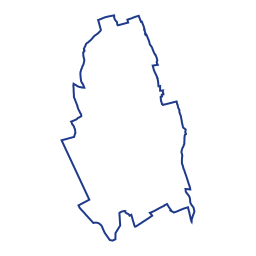 the district of Tatarasti, Bacau, Romania
{"feature_id": "2599482B37830949265025", "entity_name": "Tatarasti", "entity_type": "district", "adm_level": 2, "iso_a3": "ROU", "parent_name": "Romania", "parent_adm1": "Bacau", "projection": "robinson", "projection_center": [27.206, 46.232], "detail": "fine", "context": "isolated", "style": "outline", "palette": "blue", "viewbox_px": 256, "rotation_deg": 0, "n_neighbors": 0, "source": "geoboundaries", "source_scale": "gbopen_adm2", "svg_char_len": 5734}
<svg xmlns="http://www.w3.org/2000/svg" viewBox="0 0 256 256"><path d="M115.5,233.1L120.2,225.5L119.4,213.2L119.5,212.8L121.7,211.6L123.2,211.2L124.5,211.0L125.2,211.1L125.1,211.4L125.4,212.2L125.7,212.7L126.6,213.3L128.6,214.2L129.0,214.7L129.6,215.7L131.3,214.8L132.1,217.6L133.0,220.8L133.5,222.3L134.2,224.8L134.5,225.8L135.1,226.7L136.0,226.4L137.0,225.7L137.9,225.2L139.4,224.1L140.4,223.6L141.5,222.8L142.5,222.1L144.7,220.7L145.7,220.1L146.6,219.4L148.0,218.6L149.3,217.7L150.7,216.7L151.0,216.5L152.2,215.7L152.0,215.3L149.9,212.8L151.6,212.2L154.0,211.1L160.4,207.6L164.3,205.7L164.4,205.3L165.3,204.9L167.0,204.0L167.3,204.5L168.9,207.2L169.9,208.6L171.2,210.4L171.3,210.6L171.2,210.7L170.9,210.8L171.5,211.2L173.1,211.9L173.4,212.1L173.8,212.5L176.8,211.5L180.7,209.8L184.3,208.4L188.0,207.3L188.1,207.8L188.3,208.8L188.5,209.4L188.6,210.0L188.9,211.0L189.4,212.8L189.7,214.4L189.8,215.0L190.1,215.9L190.2,216.6L190.5,217.5L190.7,218.5L190.6,218.8L191.0,219.5L191.1,219.9L191.1,220.5L191.3,221.2L191.6,221.7L191.7,221.0L191.6,220.2L191.7,219.5L192.3,217.6L192.6,216.5L192.9,215.7L193.2,214.9L193.8,213.4L194.4,211.4L193.6,207.8L193.4,207.4L193.3,207.2L192.4,206.1L191.7,205.1L190.8,203.8L190.6,203.2L190.4,202.6L190.2,201.9L190.1,200.2L190.0,199.5L189.9,198.4L189.8,198.0L189.3,196.6L189.0,196.0L188.7,195.6L187.2,193.7L186.1,192.2L185.9,191.9L185.8,191.6L185.7,191.1L185.7,190.1L185.5,189.0L188.4,189.2L189.3,189.4L190.3,189.5L190.3,189.1L190.1,188.7L190.0,187.8L189.5,186.0L189.0,184.7L188.7,183.7L188.4,183.0L187.9,181.1L187.6,180.4L187.3,179.3L186.9,178.2L186.8,177.8L186.2,176.0L185.7,174.5L185.5,174.0L185.0,172.7L184.7,171.6L184.2,170.2L184.0,169.6L183.6,168.9L183.3,167.8L183.2,167.2L183.0,166.8L182.9,166.3L182.7,165.3L182.6,165.0L182.3,164.5L181.9,163.1L181.9,161.6L181.9,159.7L182.0,158.8L182.0,158.1L182.1,156.7L182.3,156.3L182.2,156.0L182.3,155.6L182.2,155.0L182.1,154.7L182.0,154.3L181.9,153.8L181.6,152.9L181.5,152.6L181.4,152.0L181.6,151.2L181.7,150.6L181.8,150.1L182.0,149.6L182.1,149.1L182.4,148.1L183.0,147.1L183.3,146.6L183.8,145.1L183.9,144.7L184.0,144.4L184.3,144.0L184.4,143.8L184.3,143.1L184.3,141.7L184.4,141.0L184.5,140.4L184.4,138.8L184.4,138.2L184.6,137.1L184.6,136.0L184.7,135.6L184.9,134.9L185.0,134.6L185.3,134.5L185.8,134.3L185.9,134.2L186.0,133.9L185.9,133.6L185.7,133.1L185.3,132.4L185.3,132.0L185.3,131.5L185.3,131.2L185.6,130.6L185.7,130.3L185.7,129.9L185.7,129.7L185.5,129.4L184.9,128.9L183.3,127.7L183.1,127.4L182.9,126.8L181.8,121.7L181.7,120.7L181.1,117.7L180.9,116.7L180.8,116.0L180.1,114.2L179.8,113.2L179.4,112.2L179.3,111.7L179.3,111.1L179.4,110.8L179.5,110.6L179.5,110.3L179.0,109.2L178.5,108.4L178.2,107.8L177.6,105.0L177.5,104.5L177.2,104.2L177.0,103.5L176.8,102.4L176.6,101.5L163.0,104.9L162.8,104.4L162.6,104.1L162.0,104.1L161.9,103.8L161.6,102.3L161.0,101.1L161.0,100.2L160.8,99.1L160.7,96.8L161.8,96.7L162.0,96.5L161.8,95.8L161.8,95.2L161.8,94.7L163.4,94.4L163.4,93.8L163.2,93.6L163.1,93.3L163.2,92.8L163.0,92.5L163.0,92.1L162.9,91.7L162.7,91.3L162.6,90.9L162.8,90.5L161.7,90.6L160.1,90.7L160.1,88.6L160.1,86.1L159.8,86.2L158.5,86.3L158.3,84.0L158.1,81.6L157.6,79.1L157.7,78.5L157.3,78.3L157.2,78.0L157.0,77.2L156.8,76.4L155.8,74.2L155.2,73.1L154.2,70.8L153.9,70.1L153.1,67.0L152.7,65.6L157.8,64.8L157.6,64.4L157.0,63.4L156.8,62.7L156.7,61.8L157.2,60.8L157.3,60.3L157.0,59.0L156.8,58.2L156.4,57.1L155.4,54.6L154.9,54.5L154.6,53.9L152.9,50.1L152.3,48.3L152.1,47.8L151.4,46.5L151.1,46.0L150.2,45.0L149.9,44.5L149.6,43.3L148.8,40.4L148.4,39.4L148.2,39.0L146.4,34.7L145.6,35.0L145.1,33.8L145.5,33.7L145.3,32.7L144.2,29.7L144.6,29.6L144.5,29.2L144.1,28.0L143.9,27.2L143.8,26.7L141.8,21.6L141.0,21.8L140.8,21.2L140.1,19.6L139.6,18.1L138.7,15.8L135.0,16.9L133.3,17.6L132.6,17.8L132.3,18.0L131.4,18.4L127.4,19.7L127.5,20.0L127.7,20.7L127.9,21.8L128.0,22.4L128.1,22.6L117.9,25.3L117.4,24.8L117.3,24.4L117.0,22.3L116.8,21.8L116.7,21.6L116.0,21.1L115.7,20.8L115.2,20.0L114.7,19.0L114.2,17.8L114.1,17.4L114.2,16.5L114.1,15.4L112.3,15.7L108.3,16.5L105.3,17.2L98.1,20.1L98.7,21.9L100.3,27.9L100.8,29.3L100.8,29.7L100.8,30.1L100.7,30.3L100.5,30.8L100.1,31.2L99.6,31.7L98.8,32.5L98.1,33.3L95.7,35.0L95.3,35.3L94.7,35.6L94.3,36.0L93.7,36.7L92.7,37.8L92.2,38.5L91.5,39.3L91.0,39.8L90.5,40.3L89.3,41.3L88.7,41.8L88.0,42.5L86.9,43.1L86.5,43.4L86.1,43.9L85.6,45.1L85.2,46.3L84.8,46.9L83.9,48.7L84.0,48.9L84.0,49.4L84.1,49.9L84.4,50.1L84.4,50.6L84.1,50.5L84.0,51.5L83.6,52.1L83.2,52.4L83.3,55.3L83.4,56.2L84.0,58.5L84.2,59.6L84.3,60.1L84.3,60.6L84.0,62.0L83.5,64.1L83.3,64.6L83.1,65.1L82.5,66.0L82.4,66.4L82.2,67.2L82.1,67.5L81.3,69.3L81.1,69.8L81.0,70.4L80.9,70.8L80.5,72.0L80.4,73.4L80.4,74.8L80.6,76.7L80.8,79.0L81.1,81.0L81.3,81.6L81.9,82.8L82.0,82.8L82.4,83.4L82.6,83.7L83.1,84.6L84.3,87.7L83.4,87.7L81.5,87.4L78.9,86.8L78.1,86.5L76.8,85.8L76.3,85.4L76.0,85.2L75.7,84.9L75.3,84.8L75.0,84.7L74.2,84.2L73.6,83.8L73.4,85.1L73.4,86.3L73.6,88.3L73.7,92.4L73.9,94.7L73.9,96.1L73.9,96.7L74.1,97.6L74.7,98.8L74.9,99.4L75.6,101.3L75.9,102.1L77.3,105.5L77.4,105.9L77.4,106.3L77.5,106.8L77.6,107.1L77.8,107.5L78.3,109.1L78.8,110.1L79.5,111.4L80.6,113.7L81.1,114.3L81.2,114.7L81.2,115.6L81.3,116.2L78.6,117.7L78.0,117.9L77.5,118.4L76.8,119.1L76.4,119.4L75.1,120.0L71.2,121.6L71.4,121.8L71.6,122.6L71.8,123.2L72.0,123.5L72.4,124.6L73.0,125.0L73.2,125.4L73.6,126.0L73.9,126.3L74.0,127.0L74.4,128.0L75.0,129.4L75.1,130.4L75.3,132.1L75.3,132.8L75.4,133.3L75.1,133.6L74.9,134.0L74.1,136.9L61.6,140.3L89.3,199.7L78.5,205.4L79.1,206.6L79.4,207.5L81.7,210.2L84.2,212.8L85.8,214.7L89.7,218.9L93.4,223.0L94.6,222.7L96.0,222.6L97.3,222.8L98.5,223.2L99.4,223.7L101.3,225.4L102.1,226.8L103.1,229.3L104.8,233.0L109.8,240.0L112.5,240.6L115.4,239.3L115.5,233.1Z" fill="none" stroke="#1e3a8a" stroke-width="2"/></svg>